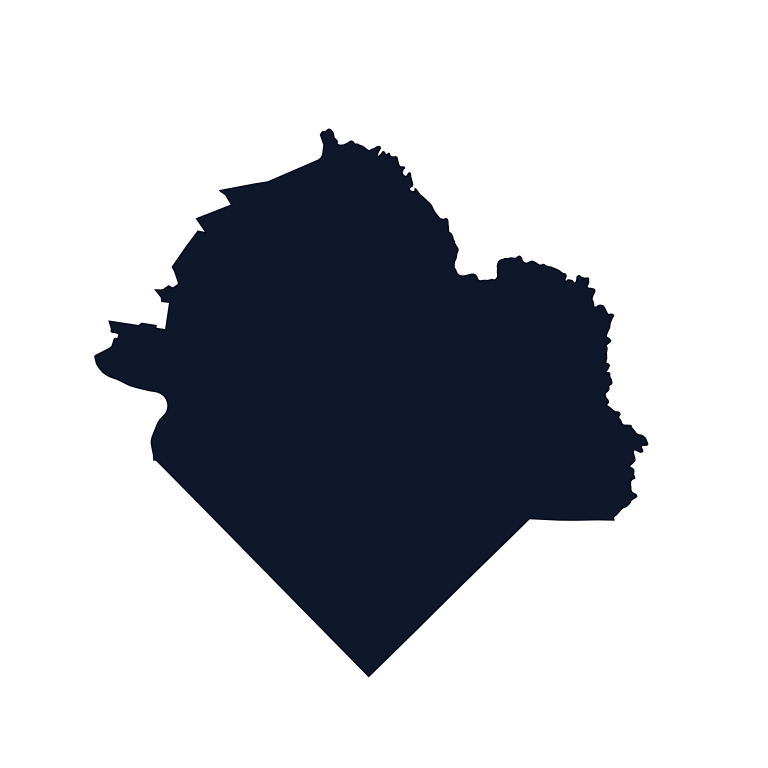 the district of Mitcham, South Australia, Australia, rotated 229°
{"feature_id": "25037944B96315201731576", "entity_name": "Mitcham", "entity_type": "district", "adm_level": 2, "iso_a3": "AUS", "parent_name": "Australia", "parent_adm1": "South Australia", "projection": "robinson", "projection_center": [138.632, -35.007], "detail": "fine", "context": "isolated", "style": "filled", "palette": "ink", "viewbox_px": 768, "rotation_deg": 229, "n_neighbors": 0, "source": "geoboundaries", "source_scale": "gbopen_adm2", "svg_char_len": 6171}
<svg xmlns="http://www.w3.org/2000/svg" viewBox="0 0 768 768"><g transform="rotate(229 384 384)"><path d="M611.6,217.8L603.8,214.4L603.4,213.2L602.1,212.6L600.8,213.4L599.7,214.6L598.2,215.7L595.1,217.1L592.4,211.9L593.8,211.7L594.7,211.0L594.8,210.2L594.6,209.6L590.8,203.5L591.0,199.6L594.6,185.2L594.5,184.1L593.6,183.3L587.7,180.4L582.3,179.6L577.3,179.6L572.3,180.8L568.8,182.3L562.5,185.9L551.1,190.6L548.6,191.9L542.5,195.9L533.1,202.6L527.2,207.5L523.8,209.3L521.2,210.0L519.0,210.3L516.2,210.1L513.5,209.3L511.1,208.1L509.3,206.8L507.4,204.8L506.2,203.0L505.1,200.6L504.7,198.8L503.9,191.2L503.0,188.0L496.1,174.5L494.6,172.2L493.0,170.6L491.3,169.1L481.6,163.6L479.4,162.0L477.7,160.5L476.8,161.6L475.3,162.3L410.6,166.4L276.6,174.4L173.4,180.7L177.2,244.2L181.6,312.0L186.0,388.5L187.1,405.5L166.3,427.2L155.7,439.2L141.7,456.0L130.6,468.3L132.6,469.4L133.0,470.1L133.1,471.1L133.0,473.6L134.1,482.9L132.9,485.5L132.7,487.7L132.8,490.3L133.1,492.3L134.1,493.8L134.2,494.7L133.5,498.9L133.4,500.9L134.5,501.4L135.6,501.4L139.7,499.9L142.1,500.7L144.4,502.6L146.0,503.5L148.2,505.5L148.9,506.4L149.2,507.2L149.3,508.7L149.2,509.4L148.5,511.0L148.7,511.6L152.0,512.8L154.2,515.1L155.6,516.1L157.5,515.9L159.7,514.9L160.3,514.9L161.0,515.4L161.3,517.3L161.3,520.1L161.6,522.4L161.9,523.1L163.0,524.2L164.7,525.1L166.7,525.9L169.8,527.8L170.3,528.5L170.4,529.2L169.8,530.1L168.6,531.0L164.5,532.7L163.7,533.8L163.5,534.8L163.9,535.3L164.8,535.8L167.6,536.4L168.2,537.7L168.3,538.5L167.8,539.6L165.5,542.2L165.5,543.2L166.0,543.7L171.1,545.5L172.4,545.6L174.9,545.2L176.8,544.3L177.9,543.2L179.2,542.4L181.3,541.8L184.6,542.1L188.8,542.1L189.9,542.8L190.7,542.9L192.5,541.2L195.2,538.2L196.4,537.6L197.9,537.3L201.3,538.6L203.5,538.6L204.4,538.8L205.4,539.4L205.6,539.7L206.1,541.5L206.5,542.2L206.9,542.5L208.1,542.8L209.3,542.2L211.3,540.1L213.7,539.5L218.4,538.8L220.8,538.0L222.0,538.1L222.4,538.6L222.7,539.6L223.0,541.2L223.7,541.9L224.9,542.3L228.1,542.4L231.5,544.0L231.7,544.3L232.0,546.0L232.0,548.1L232.5,550.1L233.6,551.2L234.9,551.7L235.3,552.2L235.3,553.4L234.9,555.6L235.4,556.7L238.2,558.3L240.9,558.9L242.0,559.4L243.6,560.9L244.2,561.2L244.8,561.0L245.4,560.6L246.4,559.1L247.1,558.8L247.4,559.0L248.0,559.9L248.5,562.6L250.3,566.2L251.7,566.4L254.0,565.3L254.7,565.4L255.5,566.1L257.1,568.5L261.8,572.3L264.2,575.3L265.6,576.2L267.0,576.3L267.5,576.6L267.7,578.0L267.6,582.0L267.9,583.3L268.7,583.5L270.7,583.6L272.6,582.8L274.5,582.9L274.7,583.0L276.9,587.2L278.7,591.3L281.4,594.2L282.3,595.6L284.2,599.6L284.8,601.7L285.0,602.1L286.2,602.2L286.9,601.8L288.0,600.7L288.8,598.9L289.1,598.7L290.5,598.7L292.8,599.2L296.8,600.3L299.4,600.5L301.4,598.9L301.9,598.3L302.5,596.6L302.3,595.8L302.6,594.8L303.7,593.2L304.8,593.0L307.8,595.2L312.1,596.7L314.0,600.0L315.4,603.4L316.2,604.3L317.3,604.7L318.3,604.3L320.7,602.5L322.2,600.8L323.5,600.7L324.8,601.5L326.0,604.1L327.0,605.4L328.3,606.3L329.3,607.3L329.9,607.5L330.6,606.9L331.6,605.2L333.0,604.1L335.1,602.8L337.6,602.4L337.9,602.0L338.2,601.1L338.1,600.1L335.9,597.7L334.9,596.2L334.7,594.6L335.1,593.9L335.7,593.6L338.5,593.8L339.9,592.6L340.8,592.2L341.4,591.6L341.8,590.6L341.6,589.3L342.2,588.5L343.6,588.4L344.0,588.7L344.6,589.4L345.9,592.1L347.3,592.8L348.3,592.8L348.8,592.5L349.7,591.5L352.3,590.9L352.5,590.7L354.4,590.5L358.6,588.7L362.1,586.8L362.8,586.7L363.7,585.4L365.1,584.7L366.4,583.8L367.5,583.3L369.0,583.1L370.0,582.2L370.1,580.9L370.9,580.2L371.4,579.4L373.3,578.6L376.3,577.9L379.4,576.3L380.3,574.5L381.1,571.3L381.8,570.4L382.7,569.7L384.8,569.1L386.5,569.3L388.8,570.2L389.8,570.3L390.7,570.4L391.6,570.0L392.1,568.6L392.0,567.2L392.3,565.9L393.6,564.4L396.0,562.3L397.1,559.6L398.8,558.1L400.6,554.1L401.1,552.0L401.0,550.9L400.4,549.6L398.5,546.9L396.9,545.9L393.8,543.0L392.0,541.7L390.4,540.2L389.7,538.7L389.5,536.9L390.0,535.3L392.1,533.9L393.9,530.1L396.2,527.8L398.9,523.8L400.0,523.3L400.6,523.2L404.3,524.3L405.9,524.4L406.4,524.4L407.6,523.6L407.9,523.7L409.3,522.1L412.1,516.6L413.4,514.6L414.5,513.4L416.6,511.9L418.3,511.6L420.1,511.7L423.5,512.9L426.1,513.2L426.6,513.5L426.8,514.1L428.5,515.3L429.8,517.0L430.5,518.1L432.1,521.5L434.8,524.4L436.2,527.3L436.9,528.0L438.1,528.6L439.1,528.6L444.2,529.6L444.7,529.9L445.0,530.4L448.3,531.2L449.7,532.2L452.3,533.0L454.0,533.1L455.6,532.4L456.3,532.5L458.2,533.7L460.4,535.7L462.2,536.6L464.5,538.6L466.8,539.7L468.2,539.2L468.8,537.2L470.0,535.9L471.8,534.8L473.0,534.6L480.2,534.9L484.3,535.8L487.2,536.7L490.0,536.9L499.4,535.9L502.6,535.3L504.5,535.3L509.8,535.8L510.7,535.6L509.1,533.8L509.2,533.1L509.5,532.6L511.1,531.1L512.3,530.6L513.7,530.6L515.0,530.9L515.2,531.3L515.3,533.7L514.9,535.1L515.7,536.3L517.8,537.6L520.0,538.5L523.0,540.0L525.4,541.8L526.4,541.9L526.7,541.2L526.6,540.2L525.8,537.8L526.4,536.3L527.2,535.7L528.8,535.7L529.9,535.4L531.5,536.1L532.2,536.8L532.7,538.0L533.6,538.9L533.5,540.7L533.8,541.3L534.7,541.3L536.8,539.0L537.9,538.4L539.7,538.9L542.2,540.0L546.4,542.3L547.1,542.2L548.0,541.7L549.3,539.4L550.4,539.0L552.0,538.0L552.5,538.0L554.1,539.1L554.8,539.1L555.0,538.6L555.0,536.9L555.8,536.0L556.8,535.7L558.6,536.2L559.7,536.0L559.9,535.0L559.2,532.8L559.0,529.7L559.1,529.0L559.5,528.7L560.9,529.0L562.1,530.3L563.1,532.1L563.7,534.2L564.6,536.0L565.5,536.4L566.4,536.2L567.6,533.9L567.5,533.5L568.0,530.7L569.1,528.5L569.2,527.1L569.5,525.9L570.2,525.4L571.5,524.9L576.0,524.1L578.4,523.2L580.6,521.9L582.1,521.4L582.9,520.8L583.8,519.4L585.7,519.3L587.4,519.4L588.6,518.8L589.2,517.5L589.5,514.2L590.8,510.2L592.8,507.5L594.6,506.2L595.9,506.0L597.1,507.0L598.0,508.0L602.7,507.8L606.5,510.1L610.7,510.5L612.0,509.9L612.4,509.5L612.7,508.4L612.7,505.3L614.6,503.1L613.8,499.7L603.9,495.7L603.2,495.1L597.1,488.1L596.1,485.6L595.8,482.3L595.7,482.2L612.6,428.9L619.8,417.4L637.4,387.2L636.9,387.2L630.7,388.7L619.0,386.5L631.6,351.1L615.4,349.2L614.7,348.9L621.3,343.8L617.0,324.0L611.1,301.0L606.8,300.2L593.9,294.9L594.7,287.9L596.0,286.8L599.2,285.9L599.9,279.3L601.1,277.3L604.8,273.3L595.4,272.9L592.1,270.6L586.2,276.0L568.0,254.7L575.9,248.1L577.6,250.2L588.6,241.0L588.9,237.0L611.6,217.8Z" fill="#0f172a" stroke="#020617" stroke-width="1.5"/></g></svg>